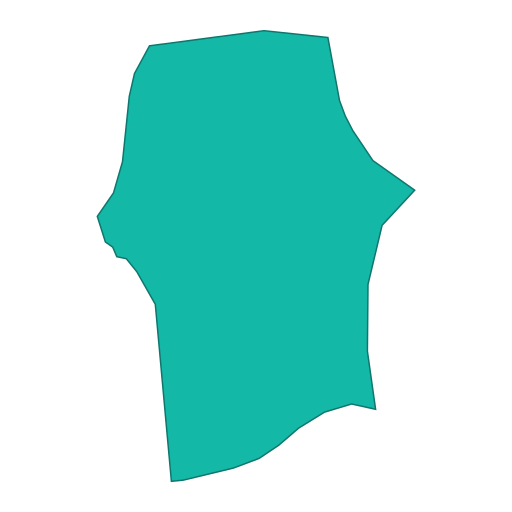 Rio Claro-Mayaro, Mercator projection
{"feature_id": "TTO-55", "entity_name": "Rio Claro-Mayaro", "entity_type": "Region", "adm_level": 1, "iso_a3": "TTO", "parent_name": "Trinidad and Tobago", "parent_adm1": "", "projection": "mercator", "projection_center": [-61.112, 10.272], "detail": "fine", "context": "isolated", "style": "filled", "palette": "teal", "viewbox_px": 512, "rotation_deg": 0, "n_neighbors": 0, "source": "natural_earth", "source_scale": "10m", "svg_char_len": 509}
<svg xmlns="http://www.w3.org/2000/svg" viewBox="0 0 512 512"><path d="M327.9,37.5L339.5,100.5L345.3,116.1L352.8,130.6L372.9,160.6L414.7,190.2L382.1,225.3L368.0,284.4L367.4,351.2L375.6,409.3L351.5,404.0L324.4,412.2L298.8,428.0L278.9,445.1L259.1,458.4L233.6,468.0L183.0,480.2L171.4,481.3L155.3,304.3L136.8,271.7L126.3,258.7L116.8,256.7L112.7,247.1L105.4,242.0L97.3,216.4L113.5,192.9L122.5,161.7L129.3,96.2L134.5,73.5L149.5,45.8L264.0,30.7L327.9,37.5Z" fill="#14b8a6" stroke="#0f766e" stroke-width="1.5"/></svg>